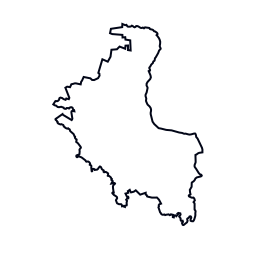 SVG path tracing the border of North West, rotated 82°
{"feature_id": "ZAF-1201", "entity_name": "North West", "entity_type": "Province", "adm_level": 1, "iso_a3": "ZAF", "parent_name": "South Africa", "parent_adm1": "", "projection": "orthographic", "projection_center": [25.686, -26.361], "detail": "fine", "context": "isolated", "style": "outline", "palette": "ink", "viewbox_px": 256, "rotation_deg": 82, "n_neighbors": 0, "source": "natural_earth", "source_scale": "10m", "svg_char_len": 5815}
<svg xmlns="http://www.w3.org/2000/svg" viewBox="0 0 256 256"><g transform="rotate(82 128 128)"><path d="M159.7,57.3L162.5,57.7L162.5,61.0L162.8,62.1L163.8,63.9L164.0,64.9L164.4,65.0L170.7,65.7L171.6,65.9L173.7,67.1L174.4,67.3L175.4,67.4L175.9,67.3L178.2,66.1L182.5,64.2L184.0,63.1L184.4,62.1L184.8,61.8L185.4,61.6L185.8,61.9L186.1,62.6L186.5,66.7L187.4,68.3L188.7,69.1L189.9,70.4L190.7,72.1L191.1,72.5L195.1,73.2L197.9,75.4L200.7,75.5L202.4,75.3L202.7,75.6L203.0,76.9L203.3,77.2L203.5,77.2L204.0,77.2L204.5,76.8L205.8,74.7L206.0,73.9L206.0,72.9L206.2,72.7L207.4,72.1L209.0,71.9L210.5,73.4L211.7,72.7L212.3,72.6L217.8,73.4L218.4,73.3L218.7,73.0L219.2,72.8L220.0,72.7L221.8,73.2L223.6,73.4L224.9,73.8L227.7,75.1L228.8,75.8L229.4,76.6L229.2,77.7L228.9,78.5L228.5,78.9L227.7,78.9L227.2,78.7L225.7,77.9L225.2,77.8L224.4,78.1L224.1,78.6L224.2,79.4L225.0,80.0L225.5,80.6L225.8,81.5L226.2,82.0L227.0,82.1L228.2,81.9L229.6,82.7L231.8,86.4L231.5,87.3L229.6,87.8L228.6,86.6L227.4,86.8L227.3,88.3L226.5,88.7L224.8,88.5L222.8,89.6L221.1,88.0L219.8,88.1L219.1,90.0L219.7,91.0L220.6,90.6L222.1,92.5L221.2,93.0L220.9,94.4L222.9,95.1L222.5,96.0L220.2,95.6L219.5,97.4L219.9,97.6L220.1,98.9L219.2,99.7L219.2,102.1L219.4,103.1L219.4,103.4L218.8,103.8L218.7,104.0L218.8,105.3L218.6,106.1L217.9,107.0L216.7,107.4L216.1,107.9L210.7,108.9L210.0,108.3L208.7,108.3L207.9,107.6L207.5,105.8L203.3,107.3L200.9,109.0L200.3,113.9L198.9,117.6L198.4,118.6L197.3,118.7L196.4,119.7L194.6,119.5L195.7,125.2L190.8,129.0L191.9,131.2L192.2,134.0L191.5,134.4L189.5,134.9L190.0,135.9L190.3,136.1L190.5,136.9L192.2,136.8L192.6,139.6L195.9,138.6L196.1,137.4L196.7,137.2L197.7,137.5L197.6,138.5L198.8,139.8L200.0,139.1L201.8,139.8L203.7,139.9L204.4,140.1L204.6,142.0L205.7,142.1L204.9,143.7L204.4,143.9L204.6,144.8L203.8,144.8L203.0,145.0L202.5,145.4L202.2,147.5L201.1,149.2L200.7,149.4L197.9,150.0L197.5,149.8L196.3,148.7L195.9,148.5L194.8,148.6L193.9,149.4L192.4,151.2L191.0,152.2L190.2,152.6L189.8,152.2L190.1,151.4L190.1,151.1L189.7,151.0L188.8,151.2L185.2,151.2L183.6,151.0L182.4,150.3L181.7,149.0L181.2,148.6L180.7,148.9L180.5,149.6L180.7,152.2L179.8,151.6L178.5,150.5L177.7,151.0L177.0,151.7L176.2,151.1L175.6,151.6L174.8,151.8L174.1,152.2L172.9,153.4L172.5,154.7L172.3,154.7L171.9,154.4L170.7,154.0L170.2,154.1L169.7,154.5L168.7,155.7L168.4,156.1L168.5,157.8L167.9,158.3L167.1,157.9L166.6,158.0L165.7,159.1L165.1,159.6L163.0,160.2L162.2,161.1L163.0,162.3L164.3,163.4L164.9,164.3L164.9,166.6L164.6,166.6L164.3,166.8L163.8,167.5L163.6,168.3L163.9,168.9L165.5,169.3L165.8,169.5L165.9,169.8L165.7,170.0L162.1,169.9L161.4,169.7L160.4,169.6L160.0,169.8L159.6,170.1L159.2,170.9L159.1,171.0L158.2,170.5L157.2,170.7L156.4,171.2L155.7,172.0L155.5,173.1L155.6,173.8L155.5,174.0L155.2,174.3L154.2,174.6L151.0,177.7L150.2,178.8L149.3,180.6L149.3,181.2L149.8,182.2L149.8,182.6L149.5,182.9L149.1,183.1L148.5,183.1L148.0,182.8L147.8,182.1L147.4,180.0L147.1,179.7L144.3,179.1L142.8,179.1L142.2,178.7L141.2,177.6L140.9,177.4L140.1,177.5L136.3,179.6L135.3,180.4L134.9,181.0L134.6,181.2L134.4,181.2L133.7,181.0L132.6,180.5L132.2,180.5L131.6,181.2L130.6,181.8L130.1,181.9L129.4,181.6L129.2,181.6L128.8,182.1L126.5,182.7L126.0,183.1L123.1,185.6L122.6,185.8L121.4,185.9L121.0,186.2L120.5,187.1L120.0,187.3L120.0,187.7L120.2,188.3L119.5,189.5L118.9,190.2L118.2,190.6L117.6,191.4L116.8,191.4L116.0,191.7L114.9,193.6L115.1,194.4L114.3,195.8L113.8,196.5L113.3,196.9L112.3,196.8L112.0,197.3L110.9,197.5L110.1,198.3L109.6,198.6L109.3,198.6L109.0,198.5L105.1,190.9L105.7,190.8L112.3,182.7L111.8,182.2L111.0,181.8L110.3,181.8L104.7,181.9L103.7,181.6L103.4,181.1L103.6,180.0L104.0,178.8L102.7,178.9L102.0,179.8L100.3,180.1L100.1,180.4L99.8,180.6L99.5,181.3L99.5,182.1L99.7,182.9L99.8,183.0L100.3,183.3L100.5,183.7L99.9,184.5L99.7,186.0L100.3,186.6L100.3,187.6L99.8,188.5L99.6,188.7L98.9,188.9L98.7,189.2L98.4,190.0L97.8,190.8L97.7,191.8L97.8,193.4L97.4,194.7L95.7,196.3L95.5,197.1L95.1,197.7L94.2,198.7L91.3,196.2L91.2,195.6L91.6,194.6L91.5,193.8L90.6,192.5L90.0,192.1L89.1,191.9L88.7,191.4L88.5,190.6L89.2,189.0L90.4,187.8L91.4,185.9L90.2,185.0L91.2,182.6L90.0,181.9L79.4,184.4L78.6,182.5L79.5,179.7L76.8,178.0L76.6,175.7L76.4,174.9L76.5,173.5L78.2,168.8L75.6,167.9L74.8,167.0L71.3,164.8L73.6,158.3L75.4,156.9L75.8,154.9L74.5,150.7L72.2,148.9L70.2,148.8L69.3,149.7L56.4,143.8L59.5,138.8L55.0,135.4L48.2,133.5L48.5,128.0L46.2,125.0L49.1,119.8L46.1,119.0L46.3,116.5L50.8,117.2L51.6,114.6L41.5,113.6L40.1,118.2L37.7,118.1L37.6,120.8L35.0,120.6L32.8,130.5L31.6,132.6L27.4,131.1L27.3,119.7L24.2,119.1L25.7,116.6L25.8,116.1L25.6,115.3L26.0,115.0L27.0,114.6L27.4,114.3L27.7,113.8L27.9,112.2L27.9,111.3L27.7,110.7L27.2,110.0L27.6,109.3L28.8,108.1L29.2,107.4L28.9,106.5L28.6,106.1L28.3,105.9L28.2,105.4L28.4,104.5L28.9,103.6L30.5,101.7L30.7,101.3L30.9,100.3L30.6,99.5L30.7,99.1L31.5,98.3L31.3,97.9L30.7,97.1L30.8,96.8L31.1,95.8L31.8,93.3L32.0,92.9L33.0,92.5L33.3,92.0L33.9,90.4L34.2,89.9L34.5,89.5L35.8,88.7L36.2,87.7L37.6,86.2L38.5,85.7L39.3,85.8L39.8,86.6L40.0,86.8L40.8,86.2L43.5,84.8L45.3,84.3L47.1,84.1L49.1,84.5L51.3,85.2L52.0,85.1L53.7,84.6L54.2,84.7L55.6,86.4L58.0,87.7L61.9,90.7L62.7,91.6L64.7,92.2L65.1,92.5L65.7,93.7L67.1,94.3L68.5,96.2L70.2,97.4L70.8,98.1L71.5,98.6L73.4,98.1L73.8,98.1L74.6,98.7L74.6,99.0L74.4,99.4L74.5,99.6L75.2,99.4L79.0,98.4L81.0,98.3L82.6,99.2L85.1,102.2L86.7,103.4L88.5,103.7L90.3,103.1L91.0,103.0L95.4,104.6L97.4,105.9L98.7,106.2L101.3,105.8L103.6,106.4L104.7,106.2L106.8,105.6L107.6,105.3L109.7,103.6L111.4,102.8L112.8,102.6L114.2,102.8L115.9,103.4L117.4,103.6L125.1,102.8L127.7,101.5L132.4,97.7L133.2,95.3L135.2,90.4L136.4,85.2L139.6,77.9L140.4,75.2L141.5,73.2L141.6,71.7L142.7,69.2L143.1,67.9L143.1,66.3L142.7,63.3L142.8,62.3L143.0,62.1L144.5,61.7L146.4,61.7L148.1,60.6L157.9,57.5L159.7,57.3Z" fill="none" stroke="#020617" stroke-width="2"/></g></svg>